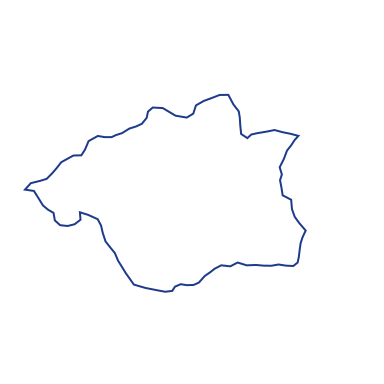 João Monlevade, Minas Gerais, Brazil (Equal Earth projection), rotated 312°
{"feature_id": "56859067B65485925185002", "entity_name": "João Monlevade", "entity_type": "district", "adm_level": 2, "iso_a3": "BRA", "parent_name": "Brazil", "parent_adm1": "Minas Gerais", "projection": "equal_earth", "projection_center": [-43.162, -19.84], "detail": "fine", "context": "isolated", "style": "outline", "palette": "blue", "viewbox_px": 384, "rotation_deg": 312, "n_neighbors": 0, "source": "geoboundaries", "source_scale": "gbopen_adm2", "svg_char_len": 1431}
<svg xmlns="http://www.w3.org/2000/svg" viewBox="0 0 384 384"><g transform="rotate(312 192 192)"><path d="M126.7,74.9L119.4,75.4L112.5,75.6L104.5,75.2L98.7,71.7L90.7,66.3L82.0,66.3L87.0,73.8L84.5,82.7L82.3,90.2L82.5,96.7L83.8,103.1L79.1,109.1L79.1,116.2L83.5,122.3L89.4,126.3L96.8,127.7L101.9,122.3L105.5,130.1L108.7,140.1L106.2,146.9L102.1,152.7L97.4,160.8L96.2,167.8L95.0,175.5L91.5,183.0L89.4,190.3L87.3,197.4L84.3,210.8L89.6,221.7L96.9,233.9L100.0,238.9L105.3,243.5L110.3,242.7L115.9,245.3L119.4,250.6L123.9,255.3L129.2,257.7L138.2,257.7L144.5,259.2L150.2,260.2L157.1,262.8L162.4,270.2L170.1,273.1L174.1,281.7L180.6,288.4L185.5,294.9L190.5,300.5L196.0,304.8L200.3,311.3L204.8,316.8L210.2,317.7L215.0,315.0L220.8,310.9L226.6,307.0L232.2,304.5L239.4,302.3L240.7,292.3L242.3,284.9L246.2,277.7L252.6,270.9L250.2,261.6L255.3,255.3L259.7,249.5L265.1,247.1L269.1,240.6L278.2,238.1L286.3,234.9L292.7,234.5L299.4,233.5L304.9,233.5L301.2,226.3L297.0,219.2L293.3,211.9L286.6,206.9L279.2,201.0L274.4,197.6L269.1,197.1L268.0,189.7L273.8,183.3L279.2,177.8L283.2,172.8L284.8,164.1L288.5,154.0L282.6,147.6L275.7,144.1L267.5,139.8L259.0,137.0L251.1,140.5L243.8,138.3L237.7,128.7L234.8,114.1L228.5,106.3L222.3,105.5L216.8,108.7L209.1,109.1L203.3,106.6L197.2,103.0L188.9,100.6L183.4,97.4L178.9,95.5L174.5,90.6L170.6,84.5L160.6,81.1L152.0,84.1L145.2,85.2L139.8,79.5L134.8,77.7L126.7,74.9Z" fill="none" stroke="#1e3a8a" stroke-width="2"/></g></svg>